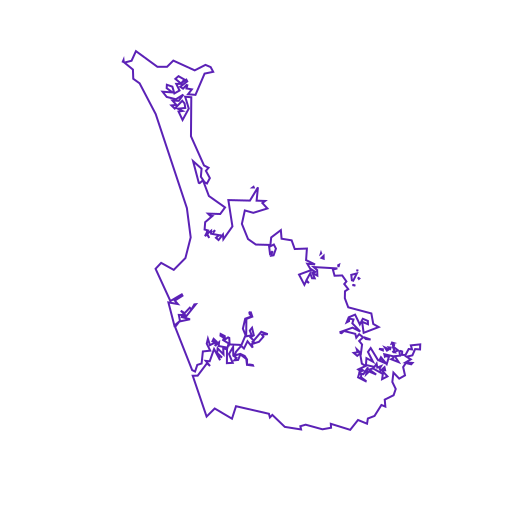 Far North District, Northland, New Zealand (orthographic projection), rotated 17°
{"feature_id": "76426892B75799514296056", "entity_name": "Far North District", "entity_type": "district", "adm_level": 2, "iso_a3": "NZL", "parent_name": "New Zealand", "parent_adm1": "Northland", "projection": "orthographic", "projection_center": [173.629, -35.034], "detail": "fine", "context": "isolated", "style": "outline", "palette": "violet", "viewbox_px": 512, "rotation_deg": 17, "n_neighbors": 0, "source": "geoboundaries", "source_scale": "gbopen_adm2", "svg_char_len": 6098}
<svg xmlns="http://www.w3.org/2000/svg" viewBox="0 0 512 512"><g transform="rotate(17 256 256)"><path d="M433.4,326.6L429.2,319.2L430.6,314.5L436.1,314.2L436.9,312.5L430.2,314.0L434.2,309.6L429.4,308.3L434.6,305.3L435.4,298.5L440.2,297.4L438.9,292.5L430.2,296.2L432.5,299.7L429.2,300.3L427.9,306.9L424.5,307.9L423.7,304.6L422.1,304.5L421.1,305.5L422.9,309.2L418.0,311.2L423.5,315.8L415.5,315.2L417.1,313.4L416.5,311.8L407.4,312.4L408.7,314.6L409.6,313.4L410.7,313.8L412.1,313.3L412.4,313.4L412.6,313.6L412.6,321.2L405.1,316.3L404.7,318.7L406.3,317.6L408.8,319.7L409.0,320.0L409.1,320.4L409.2,320.5L403.0,319.8L392.6,310.5L391.1,315.0L398.8,322.9L391.5,321.4L393.0,328.1L401.7,327.4L402.8,323.7L404.6,327.2L407.8,324.7L407.1,327.5L408.7,329.2L411.4,324.8L412.9,327.5L409.6,328.5L416.9,332.7L412.6,336.9L411.8,331.7L400.8,329.3L397.5,331.5L405.6,334.2L397.9,333.4L396.0,336.8L395.6,329.8L393.3,337.6L389.8,337.7L391.5,339.1L391.8,341.2L397.5,343.3L397.5,343.7L389.1,342.2L389.0,336.2L392.1,334.2L389.3,333.2L388.4,335.1L386.9,334.6L393.0,329.1L388.7,328.0L384.0,318.7L382.0,321.9L377.8,320.1L381.3,318.3L379.7,315.8L384.8,318.4L383.3,309.6L379.5,307.1L382.2,302.4L377.5,300.6L375.8,304.8L373.7,301.4L362.0,302.0L360.4,304.8L359.4,304.9L358.9,304.0L369.3,296.3L377.8,297.8L367.8,292.2L367.8,288.2L363.4,288.6L364.0,291.1L362.1,293.0L362.6,287.5L367.9,283.1L375.3,291.1L376.5,284.8L382.0,285.4L383.0,288.5L376.7,287.9L381.4,298.0L394.1,288.1L388.0,286.7L383.1,277.2L359.2,278.1L353.3,270.4L351.4,263.7L353.9,260.7L348.6,257.0L349.9,253.9L344.1,249.4L336.9,251.9L333.5,246.5L337.4,244.1L314.4,249.7L318.6,251.6L320.4,256.8L315.1,255.8L318.7,260.2L316.1,260.9L312.9,256.7L311.3,264.5L314.5,266.3L311.3,265.4L310.7,269.4L302.6,261.2L312.8,253.4L307.3,248.4L314.9,246.8L305.1,245.3L302.5,234.0L291.0,238.0L285.5,230.6L275.4,232.0L272.2,224.0L265.1,233.8L266.8,242.6L269.7,239.8L272.9,243.1L272.6,250.2L270.4,251.3L270.4,246.6L268.7,249.7L265.1,241.6L252.5,245.1L243.4,242.1L233.1,229.4L232.0,215.7L240.8,215.5L253.0,207.2L246.6,203.5L248.6,200.7L240.4,202.9L237.8,189.8L234.0,204.8L213.2,210.6L224.8,234.6L219.9,249.5L218.1,245.1L215.5,251.7L212.4,250.3L214.5,246.9L206.5,247.8L205.7,245.0L202.8,249.1L206.0,252.4L202.4,249.2L202.6,250.2L201.4,251.9L202.6,245.6L199.1,245.7L197.5,238.5L202.6,230.5L200.2,230.8L197.7,229.5L209.5,226.3L212.2,218.6L193.4,212.4L184.0,200.2L182.6,200.0L180.8,202.8L179.9,202.8L168.1,183.7L178.4,188.4L180.1,196.3L185.1,200.4L187.9,201.0L189.1,195.0L183.2,189.2L184.8,185.5L179.8,184.6L158.8,160.5L147.7,123.1L141.7,124.4L148.6,134.7L146.0,147.4L139.7,140.5L143.3,138.8L138.2,138.0L145.1,135.1L143.1,131.0L140.1,129.1L135.2,138.8L131.1,136.7L135.7,134.8L130.7,131.8L136.8,130.2L139.3,122.9L133.6,129.5L124.1,130.0L118.6,126.2L128.3,124.0L121.5,121.6L120.7,118.3L126.5,118.5L130.4,124.4L134.5,120.1L129.4,114.7L134.4,113.2L127.1,110.2L129.3,106.7L136.0,108.2L134.1,112.4L137.8,107.7L139.2,109.1L134.1,116.3L137.3,117.3L139.6,112.8L140.4,112.8L140.5,116.1L145.9,115.4L143.7,121.2L151.0,119.6L153.5,96.6L161.2,92.4L157.4,88.6L151.8,88.0L143.1,96.4L119.8,93.3L115.6,101.1L106.4,103.9L81.3,95.2L79.9,105.7L73.6,109.5L83.8,113.7L86.8,122.4L94.2,124.9L118.6,149.6L175.9,230.4L188.1,257.3L189.1,278.6L181.4,293.3L167.3,290.3L163.7,297.6L187.3,324.1L196.2,314.4L197.3,315.5L191.4,322.4L195.3,324.8L185.8,326.0L198.3,346.4L202.3,340.3L199.4,334.9L205.5,333.2L200.1,330.3L204.5,331.5L207.8,324.8L209.9,326.1L211.2,320.3L212.6,319.7L206.6,334.8L202.0,336.1L211.4,335.8L201.8,341.1L199.4,347.5L228.3,383.8L231.5,384.3L231.7,377.3L235.4,374.7L233.1,362.8L239.9,359.9L234.5,354.2L234.2,349.2L238.0,354.7L242.6,350.4L239.3,350.3L239.7,347.6L243.5,349.5L243.1,354.0L245.9,349.3L246.6,353.0L255.5,352.0L255.4,347.6L249.1,346.0L249.5,343.7L245.3,342.6L245.0,340.9L249.5,341.7L250.7,345.0L253.1,342.0L254.4,342.2L256.6,348.3L268.1,345.3L269.2,334.8L264.7,329.3L264.0,319.1L268.8,315.5L268.4,314.1L267.0,313.5L266.3,312.3L266.2,311.9L266.3,311.7L267.2,311.6L267.1,310.8L270.2,315.1L265.2,319.0L270.1,335.7L275.0,333.1L271.9,329.1L273.2,325.8L277.1,332.5L274.5,335.4L278.6,337.6L283.2,326.9L290.1,327.3L284.6,329.5L286.7,331.0L283.9,337.2L277.7,341.5L279.6,344.6L272.8,340.0L271.5,348.0L268.1,346.3L264.9,353.4L264.6,357.4L269.6,354.2L274.4,354.9L277.7,357.6L279.2,362.6L281.8,361.6L284.8,361.2L285.2,361.7L279.2,362.7L276.8,357.3L269.8,354.7L269.3,360.6L265.8,362.1L267.1,359.1L263.4,357.9L260.7,349.7L258.8,357.6L265.0,365.0L259.5,367.0L255.6,353.9L251.6,353.8L253.7,359.6L246.3,355.5L247.2,360.1L253.2,363.0L248.5,361.9L252.1,366.2L243.1,357.2L242.5,370.2L238.6,371.0L244.2,374.6L240.5,372.9L235.2,387.5L230.5,389.0L255.7,424.0L261.1,413.9L280.6,418.6L280.8,405.5L314.5,403.1L316.5,406.3L318.1,403.2L333.5,411.0L349.8,408.7L348.2,405.8L352.8,402.8L370.2,402.3L378.0,398.3L376.6,394.6L396.9,394.7L401.5,383.0L411.2,383.9L410.5,378.7L416.1,374.3L419.5,361.8L423.7,362.2L421.1,355.7L428.3,348.9L428.5,342.3L423.2,336.6L421.5,327.3L428.8,331.4L433.4,326.6ZM357.5,243.2L352.6,246.2L354.8,251.2L356.2,251.2L357.5,243.2ZM419.4,304.7L413.6,302.5L413.6,303.1L417.0,307.1L419.4,304.7ZM410.4,306.4L406.0,305.8L408.9,308.2L410.4,306.4ZM390.0,302.4L382.9,302.1L385.3,303.3L390.0,302.4ZM320.6,236.1L319.2,238.7L321.5,238.8L320.6,236.1ZM404.6,308.1L400.8,308.8L404.9,309.2L404.6,308.1ZM413.4,300.6L412.3,301.6L414.9,300.8L413.4,300.6ZM357.8,255.1L356.7,255.6L359.7,255.3L357.8,255.1ZM338.1,242.4L338.0,240.1L337.3,240.8L338.1,242.4ZM317.9,254.0L314.7,253.1L315.9,254.3L317.9,254.0ZM411.5,304.2L409.9,304.5L411.5,305.4L411.5,304.2ZM278.2,338.9L277.0,339.7L278.6,339.0L278.2,338.9ZM72.8,109.2L72.0,107.3L71.8,109.1L72.8,109.2ZM209.3,243.3L208.1,245.2L208.5,245.6L209.3,243.3ZM215.2,246.9L216.7,246.4L215.1,246.8L215.2,246.9ZM413.1,299.0L411.4,299.0L411.3,300.2L413.1,299.0ZM361.4,247.3L359.7,246.7L361.1,247.8L361.4,247.3ZM357.4,240.1L356.1,240.3L358.1,240.2L357.4,240.1ZM233.4,190.6L232.8,191.4L233.8,191.1L233.4,190.6ZM317.3,234.1L317.3,234.9L317.6,234.5L317.3,234.1ZM416.1,307.7L414.3,306.9L415.6,307.8L416.1,307.7ZM256.2,348.7L256.0,350.5L256.2,348.7Z" fill="none" stroke="#5b21b6" stroke-width="2"/></g></svg>